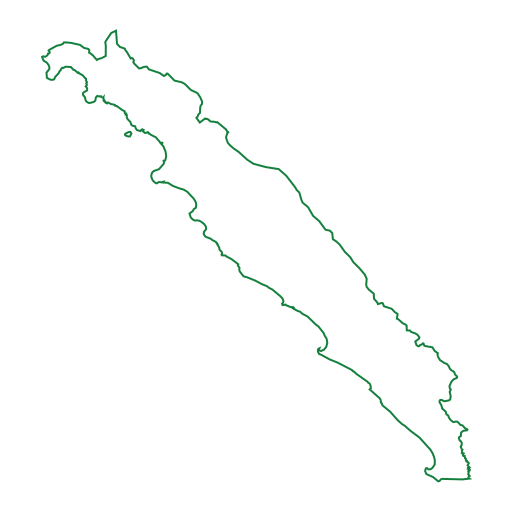 Pesisir Barat, Lampung, Indonesia
{"feature_id": "22746128B87029922352837", "entity_name": "Pesisir Barat", "entity_type": "district", "adm_level": 2, "iso_a3": "IDN", "parent_name": "Indonesia", "parent_adm1": "Lampung", "projection": "albers", "projection_center": [104.225, -5.409], "detail": "fine", "context": "isolated", "style": "outline", "palette": "green", "viewbox_px": 512, "rotation_deg": 0, "n_neighbors": 0, "source": "geoboundaries", "source_scale": "gbopen_adm2", "svg_char_len": 5942}
<svg xmlns="http://www.w3.org/2000/svg" viewBox="0 0 512 512"><path d="M42.1,56.9L43.6,60.7L46.8,62.6L48.5,64.9L49.4,67.1L49.3,69.1L46.5,72.6L46.9,77.9L50.0,79.5L51.8,79.9L54.1,79.4L55.3,76.8L58.5,73.4L59.7,71.0L60.5,70.5L60.8,69.4L62.3,67.7L63.3,68.0L65.5,66.7L70.9,67.0L73.4,69.8L74.4,69.9L78.0,73.0L78.6,72.5L79.6,73.6L82.7,75.3L85.4,78.4L86.0,78.6L86.0,80.5L87.0,82.2L86.2,83.4L86.8,84.2L86.8,85.2L85.7,86.3L87.0,88.0L87.2,89.7L86.9,90.6L84.1,92.0L82.9,93.3L83.2,95.3L84.8,96.9L85.8,100.8L87.0,102.0L89.2,103.1L93.6,102.0L95.3,100.7L95.8,97.6L97.3,95.9L98.8,96.4L100.8,96.3L100.7,96.7L102.9,97.7L103.4,97.2L103.2,98.1L104.3,100.2L103.6,100.0L103.6,100.7L106.0,103.0L107.0,103.3L107.1,102.5L108.1,102.5L110.9,104.0L114.9,104.9L115.2,105.8L116.9,106.1L122.3,110.1L124.7,111.3L124.8,113.1L126.1,113.5L125.7,114.7L126.8,115.0L126.8,117.4L127.5,119.0L130.5,122.1L131.4,124.9L132.5,125.7L135.2,126.3L135.5,127.9L136.9,130.0L140.5,131.1L141.5,129.7L142.4,129.3L143.6,130.0L142.8,130.7L142.9,131.2L144.9,132.9L146.5,132.8L147.7,132.1L148.4,132.5L148.7,133.5L149.3,133.5L150.7,134.7L155.8,137.3L160.7,143.0L161.5,143.0L161.9,143.5L162.7,141.9L162.1,143.6L161.0,143.6L163.5,146.5L165.6,151.8L166.2,156.2L165.3,160.4L165.8,160.4L163.6,160.7L164.0,162.6L163.7,163.8L159.0,169.2L153.8,171.0L152.1,172.6L151.3,175.1L151.3,177.0L152.7,180.4L155.4,182.9L156.7,183.4L158.9,182.0L161.6,182.3L163.3,181.8L162.9,182.5L167.9,182.8L172.9,185.9L179.4,188.4L183.7,189.6L187.3,191.8L193.9,198.9L195.8,202.2L196.3,205.4L195.8,207.8L193.8,209.1L192.8,211.1L189.5,213.5L190.8,217.6L193.4,220.0L195.2,220.6L196.8,220.3L199.2,220.7L201.3,221.8L204.3,224.2L205.8,226.5L206.2,229.0L204.0,231.9L203.7,233.5L204.0,234.7L205.6,236.8L210.7,238.7L212.2,240.0L215.7,241.8L217.3,243.5L217.5,244.0L217.0,243.8L219.2,247.6L219.5,249.6L221.8,252.1L222.2,253.5L221.5,254.6L221.8,255.3L225.5,255.5L226.5,256.5L231.5,259.1L238.3,264.3L237.9,265.5L239.5,267.9L239.2,269.4L239.7,271.4L243.5,276.3L247.1,277.3L254.8,280.4L262.0,284.2L267.0,286.2L268.8,287.7L272.3,289.5L280.1,296.0L282.5,298.5L283.4,301.2L283.0,302.6L282.1,303.7L282.6,305.1L285.3,304.6L286.4,304.6L285.1,304.8L291.4,307.4L293.3,307.6L292.9,307.1L293.2,307.1L293.7,307.7L292.9,308.0L293.0,308.4L298.0,311.1L300.1,311.7L302.4,313.8L307.4,316.4L316.0,324.7L318.4,326.4L323.8,333.3L324.6,335.5L326.7,339.0L327.3,342.9L326.2,347.0L323.9,349.7L321.1,351.0L319.8,350.6L318.8,349.6L319.4,348.3L318.5,348.7L318.0,349.6L317.9,351.6L319.2,354.1L320.7,354.5L329.6,359.4L337.6,362.6L349.6,368.8L352.3,370.3L352.8,371.2L353.9,371.5L356.4,373.9L367.5,381.7L368.1,382.6L369.7,383.6L370.6,385.7L370.8,388.5L369.7,389.4L379.6,398.2L380.7,400.0L380.9,402.5L382.0,403.6L382.1,404.7L382.9,405.7L390.2,411.7L397.4,419.9L401.8,423.9L404.9,425.9L410.7,431.0L419.4,437.5L430.1,449.3L432.3,452.7L434.1,457.0L434.8,460.3L434.7,464.6L432.5,467.8L430.7,469.2L428.3,469.4L426.9,468.0L425.8,468.5L425.1,471.0L426.3,474.0L433.1,477.1L438.2,481.3L439.5,481.0L440.8,479.4L442.2,478.9L462.6,479.4L469.4,478.6L468.4,478.0L468.8,476.3L469.6,475.9L468.2,474.2L468.7,472.5L468.2,471.5L468.4,470.8L469.5,470.7L469.9,470.0L469.6,469.4L468.2,468.9L469.4,467.7L468.2,467.5L468.8,466.7L467.6,465.3L468.8,463.1L468.3,462.4L466.6,461.5L466.8,460.7L465.9,460.4L465.8,458.5L465.0,458.2L464.7,455.9L463.4,456.0L463.1,455.6L462.8,454.5L463.6,453.5L461.9,453.0L462.3,452.3L461.9,451.1L462.5,449.8L461.7,449.1L460.7,446.8L461.7,445.0L461.7,442.7L460.9,441.3L459.6,440.3L458.8,438.0L459.1,437.2L460.8,436.1L461.1,432.8L461.6,432.0L463.7,430.7L467.0,430.3L467.4,429.5L464.8,428.0L462.5,425.4L460.4,424.9L457.7,421.9L456.4,421.5L453.3,422.1L450.9,420.3L449.1,418.0L448.2,415.5L446.4,414.3L445.7,411.6L442.2,408.6L441.4,405.3L439.4,401.9L439.8,400.3L440.6,399.9L441.9,400.0L443.7,401.1L445.1,401.2L448.8,400.4L450.2,399.5L450.7,396.3L449.7,391.9L450.8,389.5L449.8,388.4L449.5,386.0L451.5,381.6L453.8,379.2L456.9,377.9L457.2,377.1L457.0,376.4L455.1,374.5L454.1,371.9L451.5,370.3L449.9,368.7L448.6,365.9L446.9,364.0L444.2,362.9L440.0,360.1L438.0,356.7L437.5,354.7L437.8,353.1L434.8,351.1L432.4,347.3L425.0,346.0L424.2,345.5L423.6,343.6L423.0,343.3L421.9,344.4L420.0,345.1L419.4,346.0L418.2,346.3L416.4,345.0L415.3,341.5L419.0,338.7L419.4,337.3L417.5,334.8L415.5,333.5L411.1,331.9L409.9,330.5L406.8,330.4L406.6,325.6L405.8,324.7L402.7,323.2L397.5,318.6L396.9,318.6L397.6,313.9L394.9,312.2L391.7,308.8L384.0,306.3L382.7,303.2L381.5,303.0L377.9,304.1L377.3,302.5L374.0,298.7L373.8,293.7L368.8,289.6L366.6,286.7L366.2,284.8L366.7,278.8L364.8,274.6L359.4,268.2L353.2,262.0L350.2,257.1L344.9,251.9L339.6,244.5L336.5,241.6L332.9,239.2L332.2,232.9L329.7,230.6L325.9,229.8L325.1,229.2L319.3,221.2L313.1,215.9L308.1,207.2L302.6,202.6L301.4,199.8L299.3,192.5L296.8,190.1L295.1,187.2L286.3,175.8L278.7,169.1L265.9,167.1L253.5,163.8L247.4,159.8L238.5,151.8L233.7,148.5L229.8,145.1L227.8,142.8L226.0,137.5L227.4,132.8L229.0,132.1L227.6,132.2L226.0,129.4L217.2,122.1L216.6,122.4L213.8,121.7L210.9,121.6L209.6,120.9L209.2,120.2L207.1,118.8L205.8,119.0L205.1,118.5L199.8,122.5L196.4,117.9L197.8,116.3L198.1,114.9L200.0,112.8L200.2,107.8L200.6,105.7L201.9,104.2L202.2,101.8L200.3,97.4L197.8,93.6L196.7,92.7L190.9,90.0L184.9,84.0L181.8,82.3L174.5,80.6L167.7,73.7L166.9,73.5L165.7,75.1L163.9,76.0L159.7,73.0L148.9,69.4L147.1,66.9L146.3,66.6L143.4,67.0L141.9,67.9L139.2,68.5L134.2,63.6L133.3,62.2L133.9,60.7L133.1,58.8L131.8,58.0L130.7,58.5L126.7,51.7L125.5,50.4L124.8,48.6L120.0,47.0L117.0,43.8L116.0,30.7L111.2,33.0L105.6,41.4L105.3,42.4L105.8,45.6L105.7,56.0L101.5,58.2L98.3,59.0L96.9,60.0L93.0,55.5L90.8,53.6L89.1,52.7L89.3,50.1L88.2,48.9L84.2,48.0L80.0,44.9L71.2,42.9L66.8,42.5L63.9,42.4L63.1,43.7L60.6,44.9L56.6,45.8L49.2,49.9L48.6,50.6L49.5,51.6L49.7,52.7L49.2,53.4L48.0,53.6L47.8,54.6L47.0,55.6L45.4,56.8L43.2,56.3L42.1,56.9ZM130.0,136.4L131.4,133.6L130.4,131.9L128.3,132.2L125.2,133.8L125.0,134.9L126.1,135.8L128.4,136.5L130.0,136.4Z" fill="none" stroke="#15803d" stroke-width="2"/></svg>